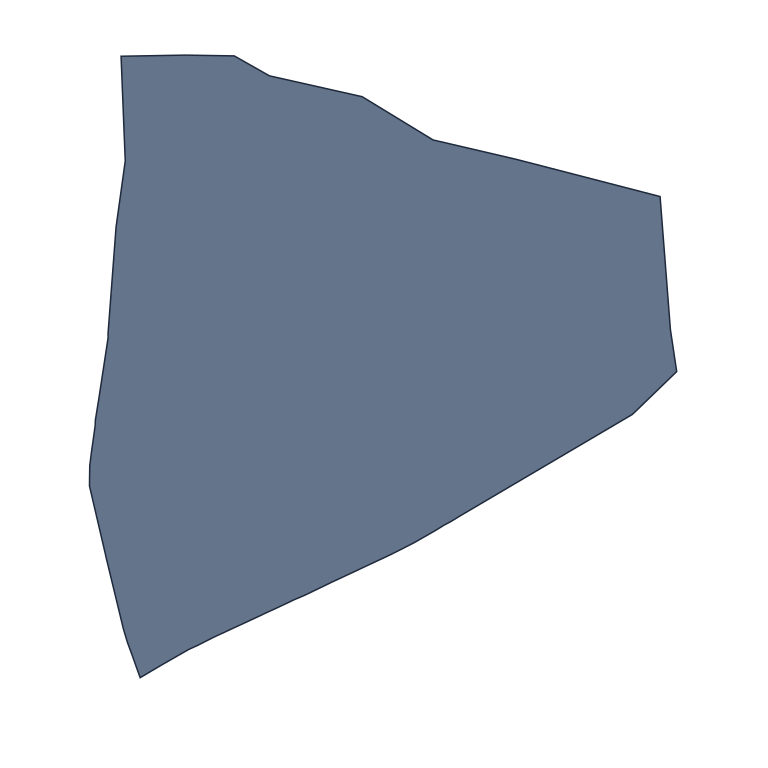 San Miguel Chicahua, Oaxaca, Mexico (Albers equal-area conic projection), rotated 185°
{"feature_id": "50627088B2748566546395", "entity_name": "San Miguel Chicahua", "entity_type": "district", "adm_level": 2, "iso_a3": "MEX", "parent_name": "Mexico", "parent_adm1": "Oaxaca", "projection": "albers", "projection_center": [-97.191, 17.633], "detail": "fine", "context": "isolated", "style": "filled", "palette": "slate", "viewbox_px": 768, "rotation_deg": 185, "n_neighbors": 0, "source": "geoboundaries", "source_scale": "gbopen_adm2", "svg_char_len": 778}
<svg xmlns="http://www.w3.org/2000/svg" viewBox="0 0 768 768"><g transform="rotate(185 384 384)"><path d="M216.7,316.3L134.0,375.3L131.3,378.3L93.5,421.9L103.4,463.1L125.3,594.8L271.6,619.3L356.4,631.4L430.8,668.3L525.0,681.0L561.8,697.8L610.9,694.3L674.5,687.6L661.2,583.5L664.6,517.0L663.3,409.4L663.0,407.8L662.9,405.7L666.8,344.6L668.4,322.7L668.1,317.4L669.5,290.7L670.0,276.9L669.1,264.3L668.5,256.7L646.1,188.3L646.0,187.8L622.2,117.1L617.1,104.3L610.9,91.1L604.0,76.0L601.3,70.2L581.5,84.4L555.3,102.6L546.5,107.6L532.2,116.5L528.1,118.9L486.3,142.9L480.2,146.5L470.3,152.1L454.6,161.3L444.1,166.9L419.3,181.7L362.0,214.9L340.2,228.5L318.8,243.4L312.6,248.1L304.4,253.5L297.6,258.6L252.3,290.9L216.7,316.3Z" fill="#64748b" stroke="#1e293b" stroke-width="1.5"/></g></svg>